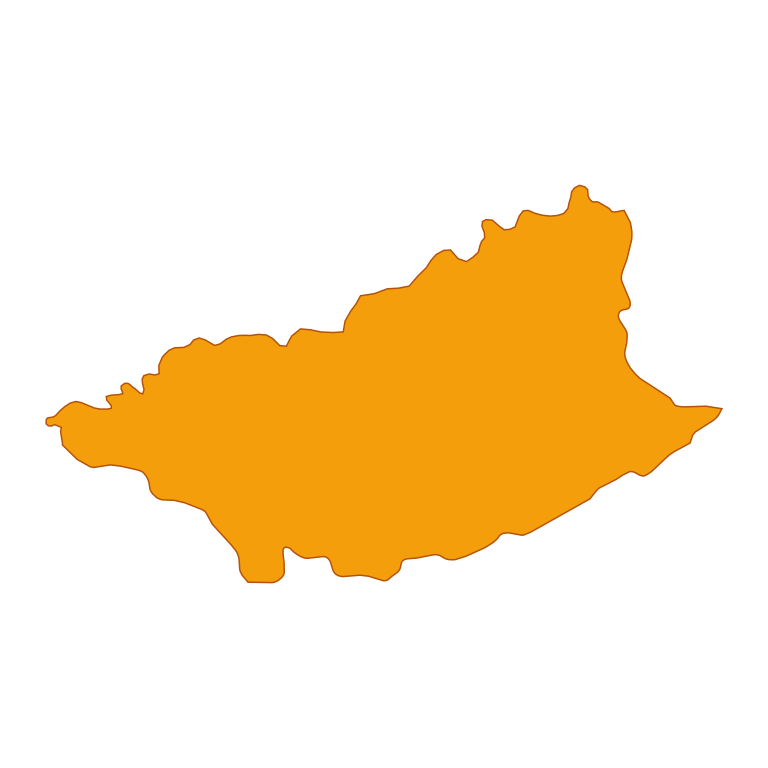 the Department of Durazno
{"feature_id": "URY-13", "entity_name": "Durazno", "entity_type": "Department", "adm_level": 1, "iso_a3": "URY", "parent_name": "Uruguay", "parent_adm1": "", "projection": "albers", "projection_center": [-56.089, -32.962], "detail": "fine", "context": "isolated", "style": "filled", "palette": "amber", "viewbox_px": 768, "rotation_deg": 0, "n_neighbors": 0, "source": "natural_earth", "source_scale": "10m", "svg_char_len": 3735}
<svg xmlns="http://www.w3.org/2000/svg" viewBox="0 0 768 768"><path d="M579.4,185.4L584.9,186.9L587.6,189.6L588.1,195.5L588.7,197.5L589.9,199.5L592.2,201.7L594.2,202.0L596.0,201.7L598.3,202.1L609.3,208.6L610.5,210.2L611.9,211.6L614.4,212.1L624.1,210.4L630.4,222.6L631.8,230.7L631.9,235.2L631.6,239.8L626.9,259.3L622.6,271.0L621.5,275.1L621.4,279.5L621.9,281.7L629.8,300.6L630.2,302.9L630.2,305.0L629.6,307.0L628.5,308.4L626.8,309.1L622.7,309.9L621.0,310.7L619.6,311.9L618.8,313.5L618.2,315.4L618.8,318.2L620.2,321.3L625.4,329.3L626.6,331.8L627.0,333.7L627.2,335.8L626.7,342.9L624.8,351.7L624.7,353.9L625.4,358.0L626.9,362.0L630.3,368.0L636.1,374.9L640.2,378.6L669.8,397.9L670.6,398.9L670.7,399.0L674.1,404.2L675.4,405.5L678.6,406.4L683.5,406.9L705.9,406.2L721.9,408.7L718.9,414.4L717.9,415.9L715.7,418.4L712.9,420.7L695.3,431.9L692.6,435.2L690.1,443.0L674.2,451.6L668.9,455.2L651.7,471.4L647.4,474.4L644.0,476.0L641.8,475.8L639.8,475.2L634.7,472.4L632.6,471.7L629.8,471.6L623.0,474.9L615.9,479.5L598.9,488.2L596.2,490.9L590.0,498.8L530.5,532.2L523.5,535.1L521.2,535.1L509.7,533.0L506.9,532.9L503.1,533.4L500.9,534.4L499.3,535.9L498.3,537.4L496.3,539.7L493.3,542.3L485.1,547.6L466.0,556.2L455.6,559.5L453.4,559.8L448.9,559.6L446.7,559.1L444.8,558.4L439.8,555.5L437.8,554.9L435.5,554.7L433.3,554.8L417.0,558.0L406.5,558.9L403.6,560.0L402.0,561.5L401.2,563.5L400.4,567.7L399.4,570.0L397.7,572.1L391.2,576.9L388.2,579.6L385.9,580.6L383.6,580.8L368.5,576.2L359.9,575.2L342.3,576.6L340.1,576.2L338.1,575.5L336.4,574.6L335.0,573.5L333.9,572.0L333.0,570.3L330.7,562.8L330.0,561.1L329.0,559.5L327.8,558.2L326.3,557.2L324.3,556.6L321.8,556.7L307.4,558.3L305.1,558.1L303.0,557.5L299.4,555.9L294.7,552.8L293.3,551.6L290.6,548.8L288.7,547.7L285.6,547.1L284.0,548.0L283.1,549.8L283.0,552.0L283.1,554.3L284.1,563.0L284.3,572.3L283.6,574.9L281.9,577.4L277.9,580.7L275.0,582.0L272.5,582.6L248.0,582.2L242.1,575.2L240.0,570.8L239.7,568.7L239.1,559.8L238.8,557.7L237.7,554.3L236.8,552.2L235.1,549.6L233.0,547.2L231.6,545.3L212.3,524.2L206.1,512.8L205.0,511.4L201.7,509.4L184.4,502.7L174.1,500.3L161.9,499.8L159.2,498.9L156.4,497.4L152.6,493.8L150.9,491.3L149.9,488.9L149.0,482.5L147.7,478.8L145.9,475.7L143.6,472.9L142.2,471.7L138.6,470.2L120.6,466.1L110.3,464.9L93.5,467.5L90.1,466.7L77.3,459.5L62.5,445.0L62.4,442.8L60.6,431.7L61.3,427.3L54.5,424.6L51.6,426.0L48.3,425.8L46.1,423.7L46.2,419.6L47.7,417.9L53.2,417.0L55.6,415.6L59.6,411.2L64.8,406.6L70.4,403.0L75.8,401.5L81.5,402.7L94.3,408.0L100.4,409.1L107.5,409.1L111.3,408.3L111.3,405.7L106.8,400.1L106.2,396.5L111.5,395.1L118.3,394.7L122.7,393.7L122.4,392.0L121.2,389.1L121.2,386.0L124.8,383.3L128.0,383.4L130.7,385.2L132.8,387.3L134.5,388.3L139.7,392.9L142.7,393.9L144.0,389.6L142.4,382.7L142.2,379.0L143.9,375.6L149.2,374.0L155.1,375.0L159.1,373.7L158.9,367.8L158.9,365.3L162.3,357.2L165.0,354.2L169.2,350.2L174.7,347.8L183.9,347.4L190.1,344.5L193.6,340.0L199.2,338.0L205.2,339.9L214.5,345.4L220.2,343.9L226.1,339.3L231.4,336.9L238.9,335.5L245.2,335.3L250.5,335.5L258.5,334.4L266.4,335.0L272.9,338.7L279.7,345.6L286.4,346.2L289.7,339.5L291.9,335.9L300.5,328.9L310.6,329.8L321.1,332.0L333.1,332.5L343.2,331.9L345.1,321.0L350.6,311.3L356.4,303.4L360.5,295.8L374.2,293.7L387.3,288.8L398.3,288.2L409.2,286.1L417.7,276.2L426.5,267.5L430.9,260.5L436.3,254.4L443.8,250.4L450.5,250.0L458.1,258.7L466.6,261.6L473.3,256.9L478.4,252.1L479.9,245.8L481.6,241.4L484.6,238.0L484.4,232.9L481.9,226.0L482.6,221.5L486.2,219.6L492.4,220.2L499.1,226.1L504.2,229.8L509.9,229.3L515.1,226.9L519.2,216.1L523.2,210.9L528.2,210.4L534.9,213.3L542.1,215.2L550.1,216.1L557.2,215.5L563.7,213.5L567.9,208.6L569.2,202.4L570.9,196.9L571.6,191.8L574.5,187.9L579.4,185.4Z" fill="#f59e0b" stroke="#b45309" stroke-width="1.5"/></svg>